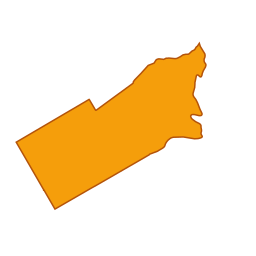 an SVG outline of North Darfur, rotated 240°
{"feature_id": "SDN-881", "entity_name": "North Darfur", "entity_type": "State", "adm_level": 1, "iso_a3": "SDN", "parent_name": "Sudan", "parent_adm1": "", "projection": "robinson", "projection_center": [25.452, 15.918], "detail": "fine", "context": "isolated", "style": "filled", "palette": "amber", "viewbox_px": 256, "rotation_deg": 240, "n_neighbors": 0, "source": "natural_earth", "source_scale": "10m", "svg_char_len": 2326}
<svg xmlns="http://www.w3.org/2000/svg" viewBox="0 0 256 256"><g transform="rotate(240 128 128)"><path d="M113.9,24.2L116.1,24.2L116.3,24.2L116.4,23.9L116.8,24.1L171.6,24.1L172.2,108.6L171.6,108.7L159.8,108.8L159.5,109.0L159.3,109.4L164.2,154.5L164.3,154.8L164.5,155.1L165.4,155.8L166.3,157.8L168.7,166.3L172.1,176.8L171.2,182.6L171.2,182.9L171.2,183.1L171.3,183.3L172.7,185.9L173.0,186.8L172.9,187.8L172.6,189.0L172.2,189.7L170.0,192.7L169.7,193.0L169.6,193.3L169.5,193.6L169.4,195.6L169.4,195.9L168.7,197.0L168.4,197.8L167.9,198.7L164.5,203.5L163.9,205.0L163.8,205.4L163.6,208.9L163.8,211.9L163.8,212.3L163.7,212.6L163.6,212.9L163.0,214.8L161.8,217.0L161.7,217.4L161.7,217.6L161.8,218.2L162.6,221.7L162.6,222.0L162.6,222.4L162.5,223.3L162.5,224.6L162.5,224.8L162.6,225.1L163.7,227.0L164.0,227.6L164.1,228.5L164.2,229.1L165.7,232.1L162.5,231.4L153.8,231.6L152.9,231.3L151.9,230.8L150.7,229.8L149.8,228.6L149.3,228.2L148.6,227.7L147.3,227.2L146.4,227.1L145.6,227.2L144.9,227.3L144.1,227.2L143.3,226.8L142.1,225.6L139.9,221.8L138.1,219.6L136.6,218.3L136.0,217.4L135.8,216.9L135.9,216.5L136.0,216.3L136.2,216.1L136.6,215.9L138.7,215.2L139.1,214.9L139.3,214.5L139.3,214.0L139.1,213.5L138.7,213.0L133.8,208.6L132.7,208.0L129.7,206.0L125.5,201.7L124.9,201.3L124.1,200.9L123.2,200.7L122.2,200.6L118.7,201.0L115.0,200.8L108.2,199.7L104.1,199.4L103.2,199.2L102.6,198.7L102.3,198.1L102.3,197.4L102.7,196.5L103.1,195.8L106.2,192.5L107.1,191.2L107.4,190.6L107.6,190.1L107.7,189.6L107.5,189.1L107.2,188.4L106.7,188.1L106.0,187.9L105.1,187.8L104.3,187.9L103.4,188.1L99.7,189.7L96.2,192.0L95.2,192.4L94.3,192.5L93.6,192.4L91.9,191.5L89.6,190.7L88.9,190.3L88.2,189.8L87.6,189.1L86.9,188.6L86.3,188.3L85.6,188.2L84.4,188.2L83.8,188.1L83.3,187.9L83.0,187.1L83.1,185.9L83.8,183.4L85.4,180.2L92.6,171.4L97.3,162.7L97.6,161.7L97.8,160.8L97.9,159.8L97.8,158.7L97.4,156.4L96.8,154.8L96.1,153.4L95.3,152.2L94.1,150.9L93.6,150.0L93.3,148.6L93.2,147.1L93.2,143.3L93.1,142.1L94.5,133.6L94.2,133.0L94.2,131.5L94.2,125.6L94.2,119.7L94.2,113.8L94.2,107.9L94.2,102.0L94.2,96.0L94.2,90.1L94.2,84.2L94.2,78.3L94.2,72.4L94.3,66.5L94.3,60.6L94.3,54.7L94.3,48.8L94.3,42.8L94.3,36.9L94.3,33.7L94.3,30.6L94.3,27.4L94.3,24.2L97.9,24.2L99.8,24.2L102.3,24.2L105.2,24.2L108.0,24.2L110.7,24.2L113.9,24.2Z" fill="#f59e0b" stroke="#b45309" stroke-width="1.5"/></g></svg>